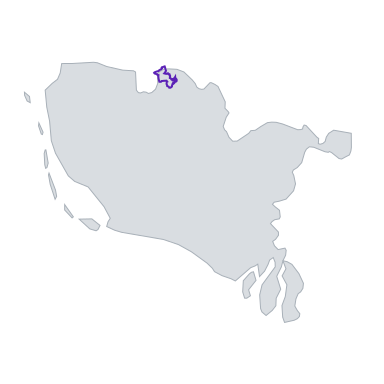 Dinkelland, Overijssel, Netherlands (highlighted), rotated 267°
{"feature_id": "6326949B33383901322774", "entity_name": "Dinkelland", "entity_type": "district", "adm_level": 2, "iso_a3": "NLD", "parent_name": "Netherlands", "parent_adm1": "Overijssel", "projection": "orthographic", "projection_center": [6.904, 52.371], "detail": "fine", "context": "in_parent", "style": "outline", "palette": "violet", "viewbox_px": 384, "rotation_deg": 267, "n_neighbors": 0, "source": "geoboundaries", "source_scale": "gbopen_adm2", "svg_char_len": 5578}
<svg xmlns="http://www.w3.org/2000/svg" viewBox="0 0 384 384"><g transform="rotate(267 192 192)"><path d="M242.3,354.1L235.0,353.8L228.2,353.5L224.6,352.8L220.8,351.1L219.2,347.5L217.1,343.2L217.7,340.6L224.2,333.3L225.2,331.3L224.5,330.2L225.2,327.0L230.3,316.0L231.0,311.6L228.8,308.5L225.7,306.6L215.6,303.1L210.9,298.4L208.7,294.4L206.5,293.2L203.1,294.5L194.7,295.8L187.9,293.5L180.0,285.6L178.3,278.8L177.5,273.5L175.5,271.7L172.8,274.3L169.2,278.4L162.5,278.8L160.6,277.7L160.3,275.4L160.0,273.1L158.2,270.3L156.3,268.7L147.5,276.2L144.3,276.1L140.4,273.0L138.5,270.0L134.0,271.5L130.0,275.0L131.1,281.9L128.9,283.0L124.0,282.2L118.6,279.2L112.5,277.3L103.4,272.2L90.3,275.5L81.5,270.5L74.0,269.8L69.5,265.9L64.8,259.5L68.5,255.6L72.0,254.4L85.7,254.2L95.6,257.1L112.9,271.2L117.5,271.3L122.3,269.7L120.0,266.0L115.6,264.1L109.1,260.3L104.0,255.0L116.5,253.9L114.9,251.2L113.4,246.7L100.9,230.6L103.3,226.5L106.9,217.6L111.3,210.3L114.7,208.4L120.2,203.3L132.4,188.2L140.2,175.7L146.1,160.9L155.4,119.7L157.9,112.7L162.0,105.0L166.7,106.6L170.0,109.0L181.9,103.4L202.5,88.5L208.7,75.4L214.6,69.3L237.9,57.7L250.6,54.2L270.2,53.5L284.4,51.4L301.4,50.7L307.8,58.1L311.6,63.6L317.7,66.6L327.1,68.6L326.6,79.3L326.7,100.5L326.0,104.3L321.8,113.3L317.3,129.3L316.1,139.9L314.8,141.9L296.6,141.8L294.0,143.7L293.6,145.9L294.6,148.7L294.1,151.4L292.7,153.6L293.4,157.0L296.6,161.0L302.3,163.5L308.5,163.7L311.7,163.3L314.0,166.1L316.3,170.5L316.1,176.0L315.3,183.4L312.3,190.2L303.9,198.1L300.1,200.9L296.5,202.3L294.8,204.4L294.0,207.0L294.2,209.3L300.2,215.7L300.1,217.1L298.3,220.4L296.0,223.5L280.3,229.9L273.9,229.3L270.2,232.5L269.0,233.1L264.9,230.1L255.9,226.6L252.4,227.8L250.5,229.6L244.7,231.8L240.6,235.3L240.5,239.8L247.6,251.7L250.2,254.0L250.3,258.4L253.7,264.0L257.3,270.9L257.6,275.3L257.2,279.7L255.2,286.0L248.7,300.7L248.6,303.5L249.1,305.7L251.3,306.3L253.0,307.5L252.4,309.4L240.3,319.5L238.8,321.3L233.7,320.7L233.0,322.4L233.6,325.2L235.5,327.6L239.8,329.0L243.4,331.6L246.3,336.7L242.3,354.1ZM118.6,279.2L117.4,283.4L114.5,288.0L104.9,294.5L95.0,298.5L90.0,297.7L86.6,295.3L84.9,292.7L79.8,290.2L72.7,288.7L68.1,291.0L64.8,293.3L62.0,292.7L60.0,290.6L58.6,287.4L56.9,277.6L62.3,276.0L73.9,275.9L82.7,279.7L94.4,281.9L103.5,277.6L110.4,281.8L118.6,279.2ZM100.7,238.6L107.3,245.1L108.7,247.1L109.1,249.2L100.4,251.3L91.4,243.4L85.3,244.9L83.1,241.2L83.2,239.0L89.6,237.4L100.7,238.6ZM170.4,90.6L163.4,98.4L159.4,96.1L158.3,94.2L160.5,88.0L170.8,77.9L170.4,90.6ZM201.0,55.8L194.7,56.6L191.9,54.9L207.1,50.8L216.7,49.6L218.4,50.2L201.0,55.8ZM241.7,48.3L228.4,49.9L224.0,48.4L223.3,47.1L226.9,46.4L238.2,46.4L241.7,47.6L241.7,48.3ZM186.1,64.2L173.4,72.2L172.4,70.9L180.7,63.9L186.1,64.2ZM295.9,34.7L289.7,35.1L291.5,32.1L297.3,29.9L300.4,29.9L295.9,34.7ZM269.0,42.7L259.5,46.4L257.2,45.6L257.8,44.5L266.1,42.2L269.0,42.7Z" fill="#d9dde1" stroke="#a8b0b8" stroke-width="1"/><path d="M300.2,178.0L300.4,178.1L300.6,178.1L300.7,178.4L300.9,178.3L301.7,178.6L301.9,178.8L301.7,179.1L301.5,179.3L301.4,179.4L301.4,179.5L301.5,179.6L301.6,179.8L302.0,180.1L302.4,180.2L302.5,180.2L302.6,180.3L302.8,180.3L303.1,180.4L303.0,180.5L303.3,180.6L303.5,180.9L303.5,181.0L303.7,181.3L303.6,181.5L303.2,181.8L303.3,181.9L303.4,182.0L303.0,182.2L302.9,182.2L304.5,182.6L304.8,182.6L305.1,182.5L305.4,182.4L305.6,181.9L305.6,181.7L305.8,181.6L306.0,181.5L306.2,181.4L306.3,181.7L306.7,181.4L306.7,181.5L306.9,181.4L307.5,181.2L307.8,181.2L307.5,181.0L307.4,180.9L306.6,180.3L306.3,180.4L306.2,180.4L305.9,180.3L305.9,180.2L305.8,180.3L305.7,180.3L305.6,180.2L305.4,180.0L305.3,179.9L305.1,179.9L304.9,179.9L304.6,179.9L304.4,179.8L304.2,179.7L304.3,179.4L304.3,179.2L304.3,178.8L304.5,178.7L304.5,178.8L304.6,178.7L304.7,178.4L304.8,178.4L304.8,178.2L305.0,178.2L305.4,178.2L305.5,177.8L305.6,177.4L305.9,177.5L306.0,177.2L306.3,176.9L306.6,176.7L306.8,176.5L306.8,176.4L306.9,176.2L307.0,175.8L307.3,175.8L307.5,175.9L307.6,176.0L307.8,176.1L308.0,176.1L308.3,176.1L308.7,176.2L308.8,176.2L309.1,176.2L309.2,175.9L309.3,175.9L309.5,175.9L310.1,175.9L310.7,175.7L310.5,175.3L310.5,175.2L311.0,174.4L311.2,174.2L311.5,174.1L311.8,174.1L311.8,173.8L311.6,173.3L311.5,173.1L311.5,172.9L311.4,172.8L311.4,172.6L311.3,172.4L311.4,172.1L311.6,171.5L311.6,171.4L311.7,171.1L311.9,170.5L312.9,171.4L313.7,171.9L314.1,172.2L314.4,172.4L314.6,172.3L315.8,172.0L316.1,171.9L316.6,171.8L317.4,171.7L318.5,171.4L318.9,171.3L318.9,171.2L318.3,169.4L317.9,168.7L318.0,168.6L317.9,168.5L317.9,168.3L317.7,168.2L317.4,168.3L317.4,168.2L317.1,168.2L316.8,168.0L316.7,168.0L316.4,168.0L316.3,167.9L316.2,167.6L316.1,167.4L315.9,166.8L315.8,166.7L315.4,165.7L314.6,165.0L314.4,164.0L314.3,163.6L314.2,163.2L313.9,162.1L313.5,161.3L313.5,160.9L313.3,160.7L313.0,160.4L312.3,160.9L312.2,161.1L312.1,161.5L311.9,162.0L311.6,162.6L311.3,163.2L311.3,163.3L311.2,163.3L310.2,164.1L310.4,164.6L309.7,164.6L309.0,164.4L308.7,164.4L308.1,164.5L307.1,164.5L306.8,164.6L306.1,164.7L305.5,164.8L305.0,164.9L303.8,165.2L303.8,165.5L303.7,165.9L303.7,166.5L303.7,166.8L304.0,167.1L304.4,167.4L304.4,168.0L304.5,169.6L304.5,171.2L304.5,171.3L304.5,171.7L304.5,172.4L303.9,172.8L303.9,172.7L303.7,172.5L302.9,172.5L302.6,172.5L302.1,172.4L301.3,172.2L300.6,172.5L299.7,172.7L299.0,172.8L298.6,173.9L298.5,174.1L298.3,174.3L297.7,174.6L297.4,174.7L297.4,174.8L297.3,175.2L297.3,175.9L297.5,176.1L297.5,176.3L297.6,176.5L298.0,177.1L298.3,177.4L298.4,177.5L298.5,177.5L298.8,177.5L299.1,177.5L299.3,177.6L299.8,177.8L300.1,177.9L300.2,178.0L300.2,178.0Z" fill="none" stroke="#5b21b6" stroke-width="2"/></g></svg>